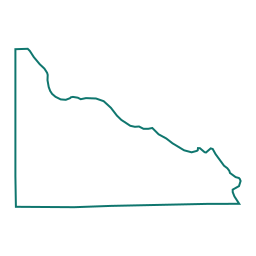 outline of Presque Isle, Michigan, United States of America
{"feature_id": "52423323B16586012901147", "entity_name": "Presque Isle", "entity_type": "district", "adm_level": 2, "iso_a3": "USA", "parent_name": "United States of America", "parent_adm1": "Michigan", "projection": "orthographic", "projection_center": [-83.792, 45.413], "detail": "fine", "context": "isolated", "style": "outline", "palette": "teal", "viewbox_px": 256, "rotation_deg": 0, "n_neighbors": 0, "source": "geoboundaries", "source_scale": "gbopen_adm2", "svg_char_len": 858}
<svg xmlns="http://www.w3.org/2000/svg" viewBox="0 0 256 256"><path d="M27.7,48.8L15.4,49.2L15.4,176.1L15.9,206.8L74.3,207.2L110.9,205.9L206.4,203.9L239.2,203.8L234.4,196.4L232.7,192.1L232.7,189.6L239.0,186.1L240.6,181.0L239.8,179.0L238.9,178.0L235.6,177.1L230.0,173.0L229.3,170.8L227.3,168.2L224.0,165.7L215.6,154.2L212.7,149.0L210.7,148.4L206.0,152.5L204.6,152.2L199.9,148.2L198.0,148.1L197.7,150.3L196.8,150.9L191.6,152.3L184.1,150.3L172.5,143.3L166.3,138.5L158.6,134.3L152.3,128.0L148.3,128.8L143.5,128.8L139.0,126.5L134.9,126.8L130.3,125.8L121.3,119.9L116.9,115.6L110.9,107.8L103.7,101.2L96.0,98.5L86.0,98.1L80.7,99.2L77.8,97.7L72.9,96.9L70.9,97.3L70.0,98.2L65.8,99.8L60.7,99.4L55.5,96.8L52.1,93.9L50.2,91.0L48.7,87.0L47.5,80.2L47.7,74.9L47.1,72.8L44.4,68.6L39.8,64.3L33.8,57.1L29.8,50.9L27.7,48.8Z" fill="none" stroke="#0f766e" stroke-width="2"/></svg>